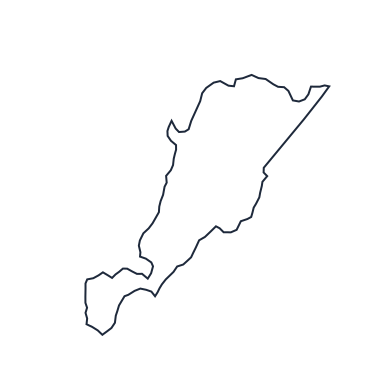 outline of Monte Horebe, Paraíba, Brazil, rotated 130°
{"feature_id": "56859067B9336888830102", "entity_name": "Monte Horebe", "entity_type": "district", "adm_level": 2, "iso_a3": "BRA", "parent_name": "Brazil", "parent_adm1": "Paraíba", "projection": "orthographic", "projection_center": [-38.512, -7.21], "detail": "fine", "context": "isolated", "style": "outline", "palette": "slate", "viewbox_px": 384, "rotation_deg": 130, "n_neighbors": 0, "source": "geoboundaries", "source_scale": "gbopen_adm2", "svg_char_len": 1738}
<svg xmlns="http://www.w3.org/2000/svg" viewBox="0 0 384 384"><g transform="rotate(130 192 192)"><path d="M58.1,208.2L62.0,214.3L64.0,221.6L72.3,226.3L77.5,230.8L84.0,227.8L87.1,232.4L88.9,241.7L94.3,245.7L103.1,248.0L109.8,247.7L117.2,244.1L138.0,238.3L146.1,234.9L150.3,236.3L154.4,240.5L153.9,245.3L150.6,253.4L157.2,251.6L161.1,250.0L164.7,246.7L166.3,241.0L166.3,234.4L169.8,231.4L174.0,229.5L178.2,227.4L183.6,223.8L189.0,222.2L196.3,222.2L201.1,217.4L205.6,216.4L212.8,212.3L219.1,210.2L224.2,207.7L228.7,204.4L234.1,203.4L241.3,202.1L247.7,201.8L254.9,202.7L262.6,200.8L267.3,198.2L271.3,192.8L274.9,190.3L272.7,184.5L272.1,177.9L274.0,174.1L280.5,171.1L286.8,170.2L286.8,177.7L290.1,181.5L291.3,186.7L292.4,192.4L295.1,195.7L299.9,196.5L304.3,197.6L309.2,198.0L309.9,203.0L310.8,208.6L315.9,210.0L321.5,212.2L326.3,216.1L330.5,214.8L334.4,211.5L340.7,206.4L345.4,202.4L348.1,198.0L353.0,195.9L356.3,191.0L361.1,187.8L359.5,181.7L358.6,175.2L359.0,168.9L353.3,167.5L348.0,166.3L341.7,167.0L335.7,170.9L331.1,172.7L325.8,175.0L320.8,175.8L315.2,176.7L311.7,174.7L304.6,172.4L299.2,169.5L296.4,164.3L294.4,159.1L295.6,153.3L291.0,153.9L286.6,155.0L282.1,155.7L275.8,155.9L265.1,154.8L258.6,155.5L253.2,152.1L248.2,151.4L242.6,150.7L238.1,151.9L232.0,153.4L224.4,155.5L218.1,153.2L210.2,152.3L202.9,151.6L202.0,147.5L202.5,141.9L197.9,136.3L192.3,133.5L183.0,135.8L177.1,132.2L173.1,130.6L169.0,132.4L164.3,134.7L159.8,135.4L152.8,137.0L148.8,139.3L142.5,142.4L138.9,144.6L131.5,144.6L131.0,149.7L127.3,152.6L64.7,153.0L35.3,153.9L22.9,154.8L25.1,158.9L29.2,161.8L34.8,168.6L42.4,165.6L48.5,165.2L53.9,168.2L57.0,173.6L52.6,183.1L52.5,188.8L56.1,193.7L57.2,198.9L58.1,208.2Z" fill="none" stroke="#1e293b" stroke-width="2"/></g></svg>